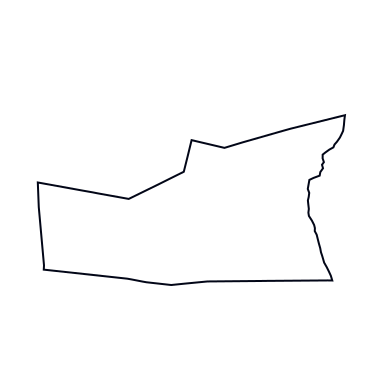 outline of Flexeiras, Alagoas, Brazil, rotated 100°
{"feature_id": "56859067B97278052476621", "entity_name": "Flexeiras", "entity_type": "district", "adm_level": 2, "iso_a3": "BRA", "parent_name": "Brazil", "parent_adm1": "Alagoas", "projection": "robinson", "projection_center": [-35.785, -9.256], "detail": "fine", "context": "isolated", "style": "outline", "palette": "ink", "viewbox_px": 384, "rotation_deg": 100, "n_neighbors": 0, "source": "geoboundaries", "source_scale": "gbopen_adm2", "svg_char_len": 993}
<svg xmlns="http://www.w3.org/2000/svg" viewBox="0 0 384 384"><g transform="rotate(100 192 192)"><path d="M294.2,324.5L288.6,240.7L288.6,236.7L288.8,225.0L288.8,221.2L287.2,196.3L283.8,184.3L277.4,161.2L267.8,109.4L266.8,104.2L255.5,42.9L254.8,38.5L250.4,40.7L246.5,43.4L242.7,46.2L238.6,49.6L235.3,51.2L231.9,52.9L229.0,54.5L225.0,56.0L220.9,58.0L216.9,59.8L212.4,61.8L209.2,64.3L206.2,64.7L203.3,66.0L199.4,68.9L195.3,72.7L192.1,73.8L188.4,74.0L183.7,75.4L180.2,76.4L176.6,76.2L172.5,76.4L168.9,78.5L164.3,78.5L159.7,78.5L157.0,74.7L153.7,69.1L150.1,69.1L145.9,67.1L142.6,68.7L139.7,67.3L136.2,69.2L132.5,69.8L130.0,67.6L126.4,64.1L123.5,60.5L120.5,59.9L117.4,58.0L112.7,55.8L108.6,54.6L105.6,53.8L99.7,54.0L94.3,54.5L89.8,54.7L112.5,105.8L116.0,113.1L134.3,150.7L142.9,167.7L141.0,201.4L158.0,202.5L173.5,203.6L182.2,215.4L189.9,225.8L209.8,253.1L209.7,284.8L209.6,289.7L209.6,300.8L209.4,345.5L233.4,340.3L290.0,325.0L294.2,324.5Z" fill="none" stroke="#020617" stroke-width="2"/></g></svg>